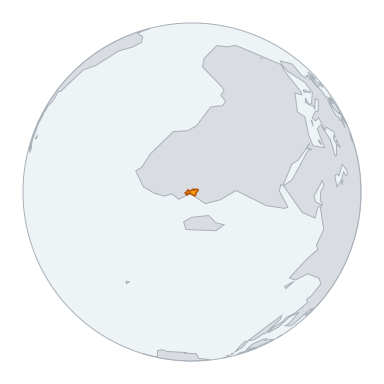 the Earth from above Sofala, rotated 70°
{"feature_id": "MOZ-1905", "entity_name": "Sofala", "entity_type": "Province", "adm_level": 1, "iso_a3": "MOZ", "parent_name": "Mozambique", "parent_adm1": "", "projection": "orthographic", "projection_center": [34.584, -19.076], "detail": "fine", "context": "on_globe", "style": "filled", "palette": "amber", "viewbox_px": 384, "rotation_deg": 70, "n_neighbors": 0, "source": "natural_earth", "source_scale": "10m", "svg_char_len": 7306}
<svg xmlns="http://www.w3.org/2000/svg" viewBox="0 0 384 384"><g transform="rotate(70 192 192)"><circle cx="192" cy="192" r="169" fill="#eef3f6" stroke="#a8b0b8"/><path d="M23.7,176.6L23.9,176.4L23.9,181.9L23.6,186.8L24.2,186.1L24.3,188.9L29.3,185.3L34.1,188.2L35.5,198.1L34.4,212.6L40.2,238.9L40.1,252.4L44.7,263.1L52.6,280.9L52.0,283.5L56.9,288.9L60.5,294.8L61.3,297.3L65.6,302.1L66.4,303.9L68.8,305.7L76.2,314.0L81.1,317.7L88.1,323.9L91.3,325.9L91.7,326.5L93.8,328.2L96.0,329.7L94.5,329.6L87.3,324.5L82.7,320.8L83.2,321.2L72.8,311.8L75.5,314.4L75.3,314.2L66.5,305.1L58.4,295.4L51.0,285.1L44.4,274.3L38.7,263.0L33.8,251.3L29.8,239.3L26.7,227.0L24.6,214.5L23.3,201.9L23.1,189.3L23.7,176.6ZM98.9,330.6L95.6,330.2L96.6,330.1L92.2,326.6L95.7,327.7L98.9,330.6ZM88.2,321.0L86.1,318.2L87.0,318.5L88.7,320.5L88.2,321.0ZM187.2,23.1L199.3,23.5L196.6,23.7L190.4,23.5L195.2,24.3L195.2,23.9L198.3,24.2L200.8,23.7L203.2,23.9L201.5,23.4L204.7,23.6L205.6,24.0L212.0,24.3L218.8,25.2L219.1,25.2L232.4,27.9L232.6,28.0L233.9,28.3L245.9,31.9L257.7,36.3L269.1,41.6L280.1,47.8L290.5,54.8L300.5,62.5L309.8,70.9L318.5,80.0L326.5,89.7L333.7,100.0L340.2,110.8L345.8,122.1L346.0,122.5L344.8,121.5L345.6,123.8L342.8,118.7L342.6,121.4L350.6,140.8L351.5,145.4L349.6,150.0L348.9,146.3L341.6,132.7L342.7,143.0L348.3,156.4L350.4,169.2L347.1,162.6L344.8,151.3L342.1,146.2L341.1,136.8L335.5,121.2L332.1,121.0L330.6,115.7L322.4,102.4L316.5,102.1L308.4,111.2L310.1,125.1L306.0,129.8L294.1,106.7L289.0,93.3L284.5,93.3L272.4,81.1L251.0,76.8L248.1,73.6L244.1,74.4L235.5,70.7L231.1,65.8L225.9,65.7L237.7,78.8L243.3,79.2L248.2,75.1L250.4,79.8L258.6,85.2L249.0,95.4L217.5,103.8L214.7,93.6L192.1,68.2L193.0,65.6L192.9,65.3L192.6,64.8L190.3,69.0L186.5,64.7L198.2,81.0L200.1,88.8L217.1,104.4L215.4,106.0L220.9,109.6L239.0,107.0L239.1,110.5L230.4,126.6L205.6,150.2L209.0,167.9L207.6,183.5L192.6,194.1L194.4,206.9L186.7,211.6L186.5,219.1L180.6,227.5L170.5,235.9L153.0,237.7L151.5,230.7L142.1,218.3L128.9,189.1L132.9,174.9L131.2,164.9L118.5,145.4L121.3,133.4L118.0,129.3L111.1,131.8L107.4,127.1L103.3,128.0L78.1,139.3L70.7,135.0L62.9,118.7L67.7,109.1L69.2,100.6L102.9,64.6L109.4,63.9L135.1,55.4L138.2,55.6L134.3,61.4L153.0,65.6L160.0,60.2L177.7,62.9L190.0,62.5L195.7,52.4L175.6,52.7L172.9,48.3L189.7,44.1L207.3,45.1L206.9,43.5L196.3,39.8L201.1,37.4L192.8,38.4L195.6,39.9L190.5,40.9L187.6,39.6L189.4,38.7L184.2,38.1L177.0,43.6L179.2,45.7L165.3,47.6L167.5,51.5L163.5,53.8L158.2,48.1L159.3,45.9L148.9,41.8L146.6,44.1L156.2,48.5L152.9,48.4L149.8,52.4L149.5,49.3L139.6,44.8L127.5,48.5L111.0,61.1L104.1,64.0L99.0,64.1L106.2,54.0L120.6,48.9L123.4,46.0L121.5,43.8L126.1,42.7L127.1,41.4L132.6,39.8L141.5,35.6L147.2,34.2L151.7,31.0L155.3,30.0L151.6,32.1L152.2,33.1L166.7,31.1L169.8,30.2L171.5,28.5L175.3,28.5L175.1,27.1L184.0,26.2L173.0,26.4L174.8,25.2L180.6,24.2L179.3,24.1L169.7,25.8L167.7,26.6L169.1,27.1L161.8,30.3L156.6,31.4L156.8,28.9L149.4,30.5L152.8,28.5L176.5,23.8L181.6,23.4L187.2,23.1ZM90.6,79.7L89.5,82.2L89.5,82.3L90.6,79.7ZM225.8,52.3L236.6,54.0L232.2,47.9L236.0,48.2L233.1,46.2L231.8,47.5L224.8,42.5L229.7,41.7L228.6,39.7L224.9,39.1L217.2,41.4L227.1,48.3L224.5,50.2L225.8,52.3ZM127.2,37.6L128.7,37.5L126.0,39.1L118.7,42.2L122.5,39.7L127.2,37.6ZM131.5,37.1L133.7,34.4L138.4,32.9L135.4,34.1L138.2,33.3L134.2,35.2L136.4,36.8L134.2,38.5L121.9,42.4L127.1,40.0L125.3,40.1L131.5,37.1ZM142.2,53.1L144.7,53.0L148.7,52.2L146.8,55.0L142.2,53.1ZM135.2,50.0L137.5,49.3L136.8,52.3L134.3,52.7L135.2,50.0ZM139.4,46.5L137.7,49.0L137.1,47.9L139.4,46.5ZM153.8,31.5L156.4,30.9L156.4,31.3L154.7,32.1L153.8,31.5ZM192.0,54.0L188.1,55.9L186.4,55.0L188.1,54.5L192.0,54.0ZM166.1,54.8L171.7,55.7L165.5,55.5L166.1,54.8ZM255.0,281.7L255.8,284.8L253.3,284.4L255.0,281.7ZM236.6,182.7L225.2,210.5L217.2,210.1L215.6,201.4L219.8,184.4L229.1,180.2L233.7,173.1L236.6,182.7ZM357.8,213.2L358.0,216.0L357.9,216.7L357.8,213.2ZM357.7,208.4L358.3,211.0L357.3,209.6L357.7,208.4ZM358.4,212.0L359.0,213.0L359.2,212.9L359.0,214.3L358.4,212.0ZM357.2,206.8L352.7,198.2L350.4,193.0L351.4,190.9L355.0,196.9L357.2,206.8ZM351.1,190.6L347.1,178.1L338.7,149.9L341.8,152.4L350.0,172.1L349.6,174.1L352.0,183.1L351.1,190.6ZM359.2,188.4L358.7,195.1L356.6,189.7L355.5,186.5L354.7,176.0L355.2,172.2L356.3,174.0L358.3,165.6L359.5,171.8L359.3,176.0L360.1,184.1L359.2,188.4ZM310.9,126.7L314.9,136.6L312.4,137.1L310.9,126.7ZM357.5,158.1L357.8,161.7L357.0,155.7L357.5,158.1ZM347.1,128.0L346.1,126.9L345.3,124.7L346.1,124.8L347.1,128.0ZM326.4,294.4L327.5,292.9L326.8,293.7L329.7,290.0L326.4,294.4ZM329.9,289.7L327.9,292.3L332.3,285.9L335.1,281.0L329.4,278.6L329.8,274.2L333.3,270.0L340.8,252.6L341.0,253.9L345.3,243.4L350.8,242.4L355.7,232.3L354.6,237.9L354.7,237.4L350.2,251.3L344.6,264.6L337.8,277.5L329.9,289.7ZM358.2,219.3L359.1,216.7L359.0,217.9L358.2,219.3ZM360.9,188.3L360.5,187.1L360.6,192.4L360.9,192.5L360.6,194.3L360.3,203.7L360.0,205.8L360.4,195.8L359.7,203.4L359.5,202.0L359.9,194.2L360.4,187.0L360.6,184.8L360.9,187.7L360.9,188.3ZM359.4,169.4L359.4,169.5L359.4,169.3L359.4,169.4Z" fill="#d9dde1" stroke="#a8b0b8" stroke-width="1"/><path d="M196.3,191.2L196.2,191.3L196.0,191.5L195.9,191.6L195.7,191.7L195.6,191.8L195.2,192.0L194.9,192.3L195.0,192.3L194.9,192.3L194.7,192.5L194.8,192.5L194.6,192.7L194.5,192.8L194.4,193.0L194.1,193.3L193.8,193.6L193.5,193.9L193.4,193.9L193.2,194.1L192.8,194.3L192.7,194.3L192.7,194.2L192.4,193.9L192.2,193.7L191.9,193.5L192.0,193.6L192.2,193.8L192.3,194.0L192.5,194.1L192.5,194.3L192.4,194.4L192.5,194.4L192.5,194.5L192.5,194.8L192.5,195.0L192.5,195.3L192.4,195.2L192.2,195.2L192.2,195.3L192.4,195.4L192.4,195.5L192.3,195.8L192.2,195.9L192.2,196.0L192.3,196.0L192.2,196.3L192.3,196.3L192.5,196.4L192.6,196.5L192.8,196.6L192.8,196.8L193.0,196.8L193.1,197.0L193.3,197.3L193.2,197.4L193.2,197.5L193.3,197.4L193.4,197.5L193.5,197.5L193.4,197.5L193.1,197.6L192.8,197.7L192.8,197.8L192.7,197.8L192.5,198.0L192.4,198.1L192.3,197.9L192.2,197.9L192.1,198.0L191.7,198.2L191.5,198.4L191.4,198.5L191.2,198.6L190.9,198.6L190.4,198.6L190.5,198.3L190.5,198.2L190.7,197.9L190.4,197.6L190.2,197.6L190.1,196.9L189.7,196.7L189.0,196.0L189.0,195.9L189.0,195.7L188.9,195.3L188.8,195.2L188.7,195.0L188.8,195.0L189.0,194.8L189.1,194.7L189.3,194.6L189.5,194.5L189.8,194.6L190.0,194.5L190.1,194.4L190.3,194.3L190.3,194.2L190.2,194.2L190.0,193.8L190.0,193.7L190.2,193.4L190.2,192.7L190.4,191.6L190.5,191.5L190.4,191.6L190.3,191.4L190.2,191.4L190.1,191.2L189.9,191.1L189.7,191.0L189.6,190.9L189.6,190.7L189.8,190.5L189.8,190.4L190.0,190.4L190.0,190.2L189.9,190.1L189.9,189.9L189.9,189.7L190.0,189.5L190.1,189.4L190.2,189.2L190.3,189.3L190.5,189.5L190.8,189.5L191.0,189.5L191.0,189.4L191.1,189.1L191.2,188.9L191.2,188.7L190.8,188.4L190.8,188.1L190.7,187.7L190.8,187.4L190.8,187.2L190.9,186.9L191.0,186.7L191.2,186.1L191.3,186.0L191.5,185.9L191.8,185.7L192.0,185.4L192.2,185.5L192.5,185.6L192.8,185.8L192.9,186.2L193.0,186.4L193.1,186.5L193.2,186.8L193.3,187.1L193.4,187.3L193.5,187.5L193.7,187.8L193.8,187.8L194.0,187.9L194.1,188.1L194.3,188.2L194.3,188.3L194.4,188.5L194.5,188.6L194.6,188.8L194.8,188.9L195.0,188.9L195.1,189.0L195.3,189.0L195.5,189.2L195.5,189.3L195.7,189.5L195.9,189.7L196.0,189.8L196.2,190.0L196.3,190.1L196.3,190.3L196.4,190.5L196.3,190.8L196.3,191.0L196.4,190.9L196.4,191.0L196.5,191.1L196.4,191.2L196.3,191.2Z" fill="#f59e0b" stroke="#b45309" stroke-width="1.5"/></g></svg>